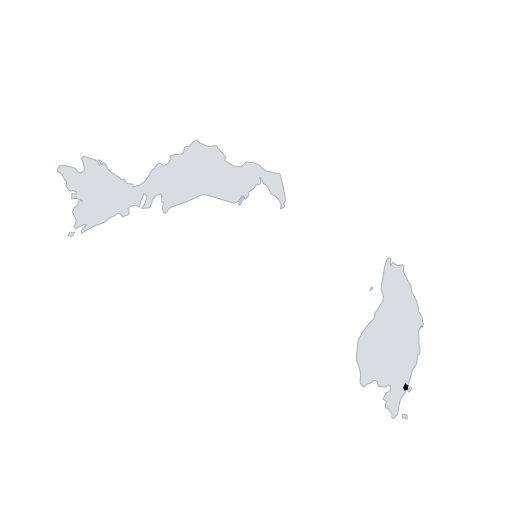 Seberang Perai Tengah, Pulau Pinang, Malaysia shown in context, rotated 212°
{"feature_id": "92858781B39236522821869", "entity_name": "Seberang Perai Tengah", "entity_type": "district", "adm_level": 2, "iso_a3": "MYS", "parent_name": "Malaysia", "parent_adm1": "Pulau Pinang", "projection": "natural_earth1", "projection_center": [100.443, 5.364], "detail": "fine", "context": "in_parent", "style": "filled", "palette": "ink", "viewbox_px": 512, "rotation_deg": 212, "n_neighbors": 0, "source": "geoboundaries", "source_scale": "gbopen_adm2", "svg_char_len": 4568}
<svg xmlns="http://www.w3.org/2000/svg" viewBox="0 0 512 512"><g transform="rotate(212 256 256)"><path d="M433.7,254.4L431.0,253.8L427.2,251.1L423.4,250.2L412.2,250.1L410.5,249.3L408.4,250.9L404.5,249.5L402.2,249.7L399.8,251.4L396.2,249.9L394.5,252.3L392.3,253.8L389.9,260.3L389.4,268.0L389.9,272.8L388.8,275.4L388.4,280.8L387.5,283.2L384.4,284.2L383.0,283.4L380.2,286.7L379.5,288.1L379.4,293.3L381.6,295.0L381.5,296.1L376.9,300.5L373.0,303.0L372.4,305.3L373.9,309.9L373.3,312.0L371.2,313.1L369.6,319.1L367.7,322.9L367.0,323.2L364.3,322.0L353.7,323.7L350.6,326.8L347.5,328.7L345.1,326.9L343.9,327.0L334.1,323.7L333.6,320.8L332.7,320.3L322.4,320.5L316.1,323.6L313.7,331.1L310.4,331.8L307.9,334.4L303.4,334.1L300.7,334.8L296.4,333.6L292.4,333.4L279.3,338.2L275.2,334.8L262.5,321.4L260.7,319.1L260.3,315.0L258.9,314.3L258.4,313.2L258.2,312.0L260.1,308.7L262.1,313.0L265.3,315.3L270.7,317.0L275.9,316.5L283.0,320.8L285.4,321.5L287.8,321.2L292.3,324.5L295.0,324.7L291.4,322.4L290.8,320.6L291.2,318.6L293.5,316.0L293.8,311.8L295.6,307.7L296.0,305.8L294.7,304.4L294.4,301.8L295.4,298.3L297.8,300.1L299.8,299.7L299.8,293.3L301.3,290.5L303.7,288.7L328.1,282.3L332.1,280.7L334.8,278.8L343.5,265.3L353.9,252.6L355.3,248.1L355.2,244.9L355.8,244.2L356.9,243.7L359.2,245.4L360.4,246.6L362.6,252.1L364.7,252.2L368.1,257.5L368.9,258.1L369.9,257.8L372.6,254.4L373.3,252.0L372.7,251.6L373.9,248.8L372.8,247.0L371.8,240.5L377.9,235.9L378.0,241.2L379.8,248.8L382.8,249.9L384.4,249.5L383.5,247.2L383.2,242.7L382.4,239.7L380.4,235.9L385.5,235.1L389.4,231.0L390.0,228.5L387.5,227.0L386.5,225.0L386.4,222.9L390.4,218.1L390.9,219.5L393.4,219.9L394.7,219.8L396.4,217.9L397.3,215.0L400.4,211.0L402.0,204.8L409.7,194.9L415.8,183.0L417.0,183.9L417.4,187.1L416.1,192.7L418.8,191.4L423.5,183.5L426.2,184.8L426.1,187.0L427.2,190.9L434.9,196.1L436.0,201.2L434.3,203.1L435.0,208.0L434.4,209.6L431.8,211.0L438.8,209.6L442.8,206.7L445.3,211.5L441.3,213.4L442.2,215.5L445.9,214.3L448.2,212.6L450.5,213.0L454.0,214.9L455.1,216.1L455.8,218.4L458.4,219.2L463.8,222.5L468.6,222.5L470.3,224.1L470.2,228.4L467.7,230.8L457.6,234.3L455.0,234.2L451.3,232.9L448.6,233.7L447.0,237.7L450.1,241.8L455.3,246.0L456.0,247.1L455.0,249.1L443.2,252.4L440.8,252.1L436.4,250.0L433.7,254.4ZM52.0,196.9L53.3,191.0L55.1,190.8L57.0,194.1L63.2,196.7L65.1,195.9L65.9,196.4L66.8,197.3L68.5,201.8L72.4,201.9L72.9,209.2L71.1,212.0L70.9,213.9L73.8,217.3L75.4,216.5L76.9,213.4L83.4,210.4L86.1,213.7L88.6,213.7L90.4,212.5L91.7,208.6L94.3,205.6L95.3,201.9L99.1,202.9L100.6,203.7L104.8,211.5L110.4,217.1L114.6,220.1L117.1,223.0L124.1,237.2L124.9,241.8L125.3,248.8L124.2,259.3L123.0,264.6L123.2,267.0L125.0,270.9L124.4,274.5L124.7,285.7L126.8,289.7L132.8,294.7L141.7,316.4L143.3,322.5L142.4,324.8L140.8,325.4L139.5,324.2L138.6,321.3L136.5,318.9L136.8,323.2L132.9,322.6L130.3,323.3L127.1,326.3L125.6,326.3L122.9,320.9L112.8,314.6L109.1,313.0L105.2,308.3L96.4,303.1L90.8,298.0L88.4,294.8L82.7,292.1L80.2,288.8L77.8,286.9L79.0,283.8L77.9,277.6L73.8,272.1L71.8,268.2L68.0,264.4L65.1,259.6L66.8,258.1L63.9,253.0L62.9,249.3L62.9,242.2L59.8,232.3L57.1,218.5L57.6,213.7L56.9,208.5L52.0,196.9ZM423.7,178.5L422.4,179.8L422.0,176.1L423.8,174.2L426.3,173.8L426.4,177.1L425.8,178.1L423.7,178.5ZM46.1,196.3L47.7,199.0L46.5,200.5L45.6,200.1L43.8,201.4L41.9,198.8L41.7,197.5L44.0,197.7L46.1,196.3ZM298.6,298.8L297.9,299.2L296.9,298.3L296.7,290.6L297.4,289.9L298.4,291.4L298.6,298.8ZM56.8,223.0L55.2,226.6L53.6,226.2L53.9,222.1L54.8,221.5L56.8,223.0ZM440.5,254.0L437.5,254.5L435.4,254.4L435.7,252.4L436.7,252.1L440.5,254.0ZM141.8,290.8L140.1,290.9L139.8,289.9L141.0,287.3L141.8,290.8ZM78.3,284.3L77.2,284.8L77.3,283.2L78.1,282.3L78.3,284.3Z" fill="#d9dde1" stroke="#a8b0b8" stroke-width="1"/><path d="M61.1,226.1L60.9,224.1L60.9,222.5L60.8,222.4L60.7,222.4L60.4,222.4L60.2,222.4L60.2,222.5L59.9,222.4L59.7,222.3L59.5,222.2L59.4,222.1L59.2,222.1L59.2,221.9L59.0,222.0L59.1,222.3L59.1,222.2L59.2,222.3L58.9,222.4L59.0,222.4L58.9,222.3L58.9,222.5L58.8,222.4L58.7,222.3L58.7,222.5L58.6,222.4L58.5,222.5L58.4,222.5L58.2,222.5L58.3,222.8L58.3,223.0L58.2,223.1L58.1,222.9L58.0,223.0L57.9,223.0L58.0,223.2L58.0,223.3L57.9,223.4L57.7,223.4L57.7,223.6L57.5,223.8L57.6,224.0L57.9,224.3L57.9,224.5L58.2,224.7L58.3,224.7L58.3,224.8L58.3,225.0L58.2,225.2L58.2,225.3L58.3,225.4L58.4,225.5L58.5,225.6L58.5,225.9L58.5,226.1L58.6,226.3L58.7,226.2L58.8,226.2L58.9,226.3L59.0,226.5L59.0,226.4L59.1,226.2L59.3,226.2L59.5,226.1L59.8,226.1L60.0,226.0L60.3,226.0L60.3,225.9L60.5,225.8L60.8,225.8L61.0,226.0L61.1,226.1Z" fill="#0f172a" stroke="#020617" stroke-width="1.5"/></g></svg>